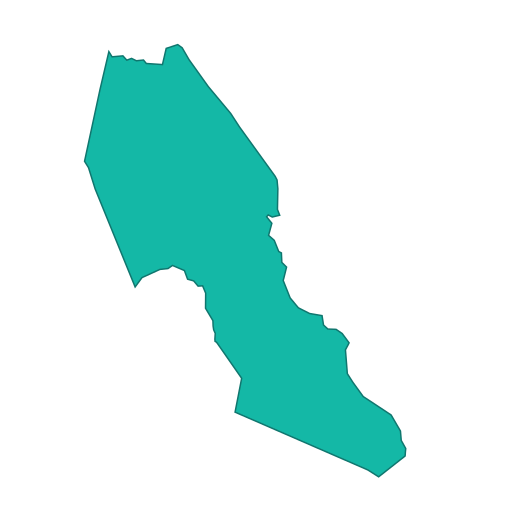 the district of Santa Rita, Guam, rotated 192°
{"feature_id": "77769853B26973637010941", "entity_name": "Santa Rita", "entity_type": "district", "adm_level": 2, "iso_a3": "GUM", "parent_name": "Guam", "parent_adm1": "", "projection": "albers", "projection_center": [144.67, 13.403], "detail": "fine", "context": "isolated", "style": "filled", "palette": "teal", "viewbox_px": 512, "rotation_deg": 192, "n_neighbors": 0, "source": "geoboundaries", "source_scale": "gbopen_adm2", "svg_char_len": 1229}
<svg xmlns="http://www.w3.org/2000/svg" viewBox="0 0 512 512"><g transform="rotate(192 256 256)"><path d="M376.5,446.5L387.0,440.4L387.3,423.8L403.3,421.5L406.8,424.3L413.6,422.1L418.8,423.4L423.1,420.7L427.8,424.1L438.2,420.9L442.4,425.3L443.2,386.4L443.4,313.0L438.2,307.6L427.3,288.2L367.8,200.6L363.0,211.2L347.2,222.9L339.5,225.4L335.7,229.4L323.0,226.9L318.1,219.1L311.8,218.7L306.4,214.5L302.0,215.7L297.5,209.2L294.5,194.4L284.7,183.8L283.4,178.6L282.1,175.1L279.8,171.9L278.9,166.0L278.3,164.0L276.8,163.5L275.3,162.2L244.6,133.4L244.0,98.9L102.2,70.0L90.1,65.5L89.8,65.9L72.3,86.9L69.1,90.7L68.6,91.3L68.7,92.5L69.1,95.2L69.5,98.8L70.8,100.3L75.6,105.8L78.3,114.8L90.8,128.6L121.9,140.8L135.0,152.6L142.2,159.9L149.0,182.8L147.4,188.4L146.9,190.4L155.6,198.1L162.4,200.9L170.5,199.5L175.6,202.5L179.0,211.4L191.6,210.9L202.6,213.8L203.9,214.2L213.9,222.1L224.3,237.7L224.3,238.4L224.2,239.5L223.8,251.5L229.4,255.1L231.8,264.3L234.7,265.1L241.4,275.1L248.0,278.8L247.3,291.3L252.0,295.1L253.8,296.6L252.6,298.7L248.2,297.5L241.3,300.8L244.7,306.0L248.6,326.3L251.2,334.7L253.8,337.9L299.1,378.9L310.3,390.1L337.9,411.8L362.3,434.1L371.5,444.3L376.5,446.5Z" fill="#14b8a6" stroke="#0f766e" stroke-width="1.5"/></g></svg>